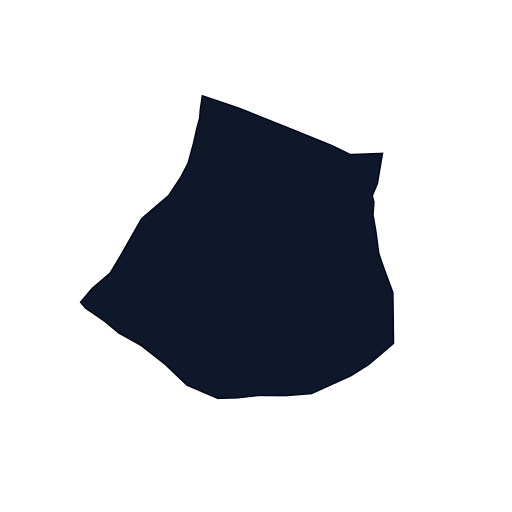 outline of Disuq, Kafr ash Shaykh, Egypt, rotated 139°
{"feature_id": "37247803B31091771651272", "entity_name": "Disuq", "entity_type": "district", "adm_level": 2, "iso_a3": "EGY", "parent_name": "Egypt", "parent_adm1": "Kafr ash Shaykh", "projection": "mercator", "projection_center": [30.648, 31.145], "detail": "fine", "context": "isolated", "style": "filled", "palette": "ink", "viewbox_px": 512, "rotation_deg": 139, "n_neighbors": 0, "source": "geoboundaries", "source_scale": "gbopen_adm2", "svg_char_len": 778}
<svg xmlns="http://www.w3.org/2000/svg" viewBox="0 0 512 512"><g transform="rotate(139 256 256)"><path d="M191.4,412.1L201.9,403.1L207.8,397.2L216.7,391.3L228.7,382.4L246.5,370.5L261.4,364.7L282.2,358.9L302.9,359.1L317.8,359.2L359.4,344.6L377.2,338.8L400.9,339.0L418.7,336.2L418.8,328.3L413.0,306.1L410.1,288.0L401.4,263.9L395.6,233.8L392.8,203.7L382.1,181.6L378.2,173.6L363.4,161.4L345.7,149.2L325.0,131.0L304.4,115.8L262.9,103.4L242.2,100.2L224.4,100.0L209.5,99.9L193.1,119.2L176.7,138.6L167.7,162.5L161.6,177.5L149.7,195.4L140.7,210.3L134.7,216.3L131.7,219.3L128.7,225.2L116.8,231.1L93.2,250.5L94.0,251.0L94.7,251.6L98.2,254.5L103.6,258.8L118.4,270.8L126.1,289.1L137.4,311.4L141.5,319.5L171.5,378.0L191.4,412.1Z" fill="#0f172a" stroke="#020617" stroke-width="1.5"/></g></svg>